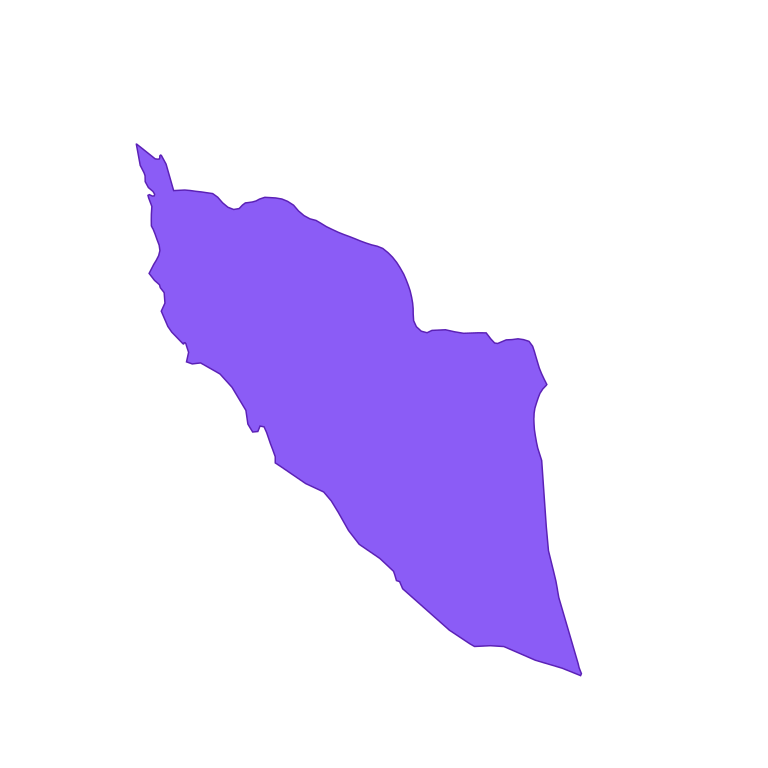 the district of Washhah, Hajjah, Yemen, rotated 135°
{"feature_id": "15242507B45949371630165", "entity_name": "Washhah", "entity_type": "district", "adm_level": 2, "iso_a3": "YEM", "parent_name": "Yemen", "parent_adm1": "Hajjah", "projection": "equal_earth", "projection_center": [43.377, 16.335], "detail": "fine", "context": "isolated", "style": "filled", "palette": "violet", "viewbox_px": 768, "rotation_deg": 135, "n_neighbors": 0, "source": "geoboundaries", "source_scale": "gbopen_adm2", "svg_char_len": 2756}
<svg xmlns="http://www.w3.org/2000/svg" viewBox="0 0 768 768"><g transform="rotate(135 384 384)"><path d="M269.2,268.5L267.4,274.0L265.2,280.1L262.9,285.5L260.2,290.5L257.4,295.7L254.7,300.6L252.2,305.6L251.3,311.6L251.9,312.8L254.0,316.8L257.3,321.2L262.1,324.9L266.4,328.8L275.0,332.3L276.8,334.8L276.6,340.4L275.6,347.9L281.1,353.5L291.9,363.6L297.1,370.9L302.2,378.9L312.2,388.0L317.3,389.8L320.3,395.0L320.6,401.6L318.3,407.8L314.5,412.1L314.0,412.7L310.0,416.8L306.5,421.0L303.4,425.4L303.0,426.0L299.7,431.3L297.1,436.5L294.7,441.9L292.4,447.7L290.4,455.0L289.1,460.8L288.3,467.6L288.3,473.9L289.0,480.7L291.3,486.1L294.4,491.2L297.1,496.5L299.5,501.7L301.8,507.2L304.1,512.5L306.7,518.1L309.1,523.7L311.6,530.6L313.5,536.1L314.9,542.0L316.4,547.7L319.6,553.2L321.5,559.6L322.1,566.8L321.5,574.4L323.0,581.3L324.8,585.6L325.4,587.0L329.0,592.1L332.8,596.4L336.3,600.3L341.3,602.8L345.0,603.9L348.4,605.8L352.1,608.6L354.0,610.1L357.6,610.6L361.4,610.5L362.4,610.5L366.9,613.7L369.4,619.4L370.0,626.3L369.5,633.7L370.5,639.8L373.8,644.2L377.2,648.8L380.8,653.3L384.1,657.7L387.7,662.0L392.0,665.9L396.0,669.5L382.6,693.6L379.8,703.1L380.2,703.9L381.3,703.8L382.6,702.5L383.7,702.0L384.9,702.8L386.6,705.0L387.1,709.6L389.3,728.9L389.2,729.2L401.9,710.8L401.9,710.6L404.3,703.1L405.7,700.2L409.8,695.9L411.7,689.5L411.2,683.5L412.0,680.4L413.4,679.5L414.8,680.5L416.0,683.8L417.5,684.3L418.8,682.1L422.6,673.7L428.6,668.4L432.6,664.5L436.7,660.3L437.6,657.5L437.7,656.9L439.7,652.2L442.2,647.0L444.8,641.2L448.1,636.8L452.6,634.1L457.6,632.5L462.2,631.4L471.9,628.3L473.0,619.6L472.6,612.9L474.1,610.3L474.8,604.4L474.9,604.0L481.7,596.1L490.0,593.0L496.2,577.4L496.3,576.7L497.4,570.8L497.7,554.7L497.5,554.1L497.0,554.0L496.2,554.5L495.5,553.9L495.6,552.5L496.4,551.2L499.5,545.1L499.7,544.6L508.0,539.3L505.4,533.8L498.8,528.6L494.6,513.4L492.9,507.1L493.8,489.1L495.5,482.3L500.3,463.0L508.6,451.9L509.6,448.0L510.8,442.9L506.8,439.6L501.4,441.9L499.1,438.5L501.3,432.7L506.5,422.1L509.0,416.5L512.3,409.5L515.0,406.8L516.7,405.1L515.5,399.3L513.0,386.0L509.8,369.0L503.0,350.3L503.9,339.3L503.9,338.9L506.7,327.2L507.0,325.9L512.7,305.4L514.9,288.1L510.3,263.6L510.1,257.8L509.7,244.8L511.4,241.3L514.2,236.2L512.7,233.2L515.6,226.0L511.9,164.6L511.9,163.9L507.0,139.6L505.6,134.4L493.8,123.7L484.9,113.6L472.3,81.6L459.0,57.1L451.2,38.8L449.2,39.6L447.9,42.6L446.6,45.5L444.5,48.9L411.4,109.4L407.2,115.4L406.5,116.3L401.8,123.1L396.4,131.9L385.6,149.8L370.1,168.4L326.6,218.4L323.6,224.2L320.6,230.0L317.5,234.8L313.5,240.5L310.4,244.7L309.8,245.5L306.3,249.5L302.6,253.5L301.4,254.5L298.5,257.2L294.4,260.2L289.5,262.8L284.9,265.1L280.4,267.1L275.2,268.2L270.4,268.3L269.2,268.5Z" fill="#8b5cf6" stroke="#5b21b6" stroke-width="1.5"/></g></svg>